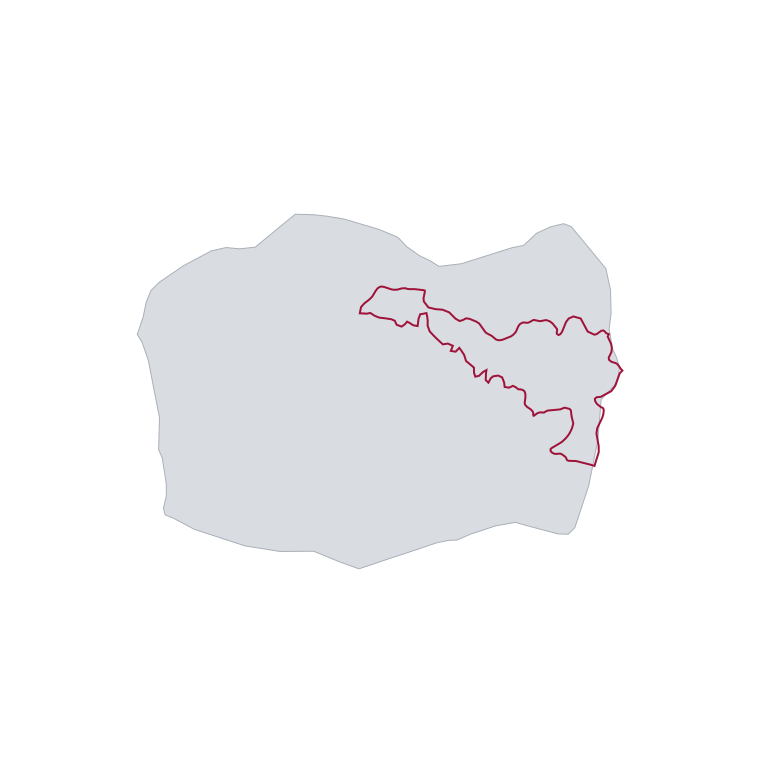 Mohale's Hoek on a map of Lesotho (Albers equal-area conic projection), rotated 220°
{"feature_id": "LSO-1204", "entity_name": "Mohale's Hoek", "entity_type": "District", "adm_level": 1, "iso_a3": "LSO", "parent_name": "Lesotho", "parent_adm1": "", "projection": "albers", "projection_center": [27.808, -30.085], "detail": "fine", "context": "in_parent", "style": "outline", "palette": "rose", "viewbox_px": 768, "rotation_deg": 220, "n_neighbors": 0, "source": "natural_earth", "source_scale": "10m", "svg_char_len": 3912}
<svg xmlns="http://www.w3.org/2000/svg" viewBox="0 0 768 768"><g transform="rotate(220 384 384)"><path d="M487.5,499.1L469.2,504.8L466.6,505.2L455.0,503.8L439.3,505.1L427.1,508.2L417.5,509.4L402.0,525.9L373.6,570.6L366.1,579.9L364.0,597.5L357.4,611.5L349.4,622.3L341.6,624.9L318.2,620.6L288.2,615.0L270.8,601.5L255.2,583.8L247.0,570.9L238.4,563.8L235.4,559.8L223.2,553.9L218.6,550.8L214.5,548.6L209.5,540.1L206.6,532.6L207.7,511.8L199.0,499.5L184.1,478.4L174.6,461.1L161.7,437.5L153.7,417.3L145.4,396.4L146.4,387.3L154.2,381.1L177.0,370.4L194.7,362.2L207.3,347.1L221.1,324.8L227.8,311.4L234.5,305.2L241.9,295.7L254.7,274.7L269.1,251.4L284.4,226.3L303.9,219.1L330.4,210.7L356.0,188.9L386.5,170.6L435.8,150.8L458.7,145.9L467.5,143.1L473.0,146.9L478.8,158.4L487.0,168.0L506.3,184.8L514.5,188.9L534.2,213.8L555.4,230.9L579.8,250.7L596.4,260.6L604.9,263.4L611.7,280.8L618.7,293.7L622.6,305.8L621.6,317.5L613.5,346.0L601.8,375.1L592.6,387.1L581.5,394.7L570.6,406.1L566.3,429.5L561.1,457.0L547.0,468.2L536.0,475.6L520.8,484.6L487.5,499.1Z" fill="#d9dde1" stroke="#a8b0b8" stroke-width="1"/><path d="M200.9,506.3L199.0,505.5L196.5,501.7L195.1,498.4L192.3,487.3L189.4,482.6L179.6,474.4L175.7,469.8L170.1,456.5L173.4,455.2L187.4,448.4L193.1,443.9L194.5,443.4L195.5,443.6L196.7,444.3L198.3,444.8L202.5,444.5L204.3,443.9L205.6,442.7L206.7,441.5L208.7,440.0L211.7,439.4L213.5,439.9L214.5,441.2L214.4,442.7L211.0,452.4L210.4,454.5L209.9,458.8L209.9,462.8L210.3,466.1L210.9,468.7L211.6,471.0L213.2,474.6L213.5,475.2L214.2,475.9L219.4,479.7L223.8,483.8L225.2,484.2L226.4,484.0L228.2,483.0L229.6,482.5L230.5,481.7L231.1,480.9L232.0,479.1L232.4,478.3L232.9,477.6L241.3,469.1L241.9,468.2L242.4,467.0L242.8,465.8L243.1,465.0L243.9,464.3L245.0,463.6L246.0,462.7L246.9,461.7L247.5,460.7L247.9,459.6L248.8,455.9L249.2,455.8L249.9,456.3L250.8,457.6L252.7,458.6L255.3,458.9L259.7,458.4L262.2,458.7L264.0,459.8L266.9,464.4L268.2,466.0L269.5,467.4L271.6,468.7L273.5,468.7L275.7,467.8L277.7,466.3L281.1,466.2L284.1,465.4L285.8,461.6L289.7,459.3L293.0,462.4L297.7,465.0L301.9,463.9L305.3,460.1L305.9,457.0L304.9,452.1L308.6,452.4L312.2,457.0L314.5,460.5L315.8,457.0L316.5,451.3L318.8,448.3L322.4,450.6L325.7,454.4L331.0,454.4L336.0,454.4L341.3,457.8L346.6,459.4L349.5,460.1L349.9,454.8L354.1,452.3L355.8,457.5L361.1,456.0L364.4,452.2L372.7,452.6L377.3,453.0L382.9,453.7L388.2,456.8L391.2,460.6L394.1,463.3L397.1,465.6L399.1,463.0L401.1,460.7L399.4,456.1L395.5,450.0L399.5,447.7L403.4,447.3L406.4,446.6L406.4,443.2L407.4,439.3L412.4,437.5L416.4,439.4L420.0,438.3L425.0,435.3L430.3,431.8L434.9,430.3L440.2,429.6L442.2,427.0L448.0,422.6L451.0,428.1L450.9,433.1L449.6,438.9L449.2,443.3L450.3,450.4L450.4,453.3L449.5,456.0L448.0,457.5L445.6,458.7L438.6,461.5L436.5,463.0L434.4,464.9L431.9,468.6L430.2,470.2L429.0,471.2L427.8,471.6L426.9,472.1L425.8,472.8L421.3,476.5L414.2,481.2L413.3,481.5L412.8,481.8L412.0,480.9L408.8,475.0L406.5,472.8L399.2,471.2L392.9,474.3L391.9,475.0L386.8,478.6L380.0,480.8L371.3,480.0L366.6,480.8L364.6,483.8L363.4,487.0L360.4,488.9L353.4,491.1L349.8,491.5L339.3,488.8L337.5,489.0L332.4,490.1L326.9,490.1L324.8,490.9L323.1,492.3L321.6,494.2L317.3,502.2L316.6,505.2L316.5,508.7L318.2,514.5L318.4,517.3L317.3,520.1L316.3,521.1L313.9,522.7L312.8,523.9L312.2,525.2L311.1,528.1L310.4,529.4L304.8,532.4L301.6,536.4L300.7,537.3L297.2,538.6L293.6,538.7L286.8,537.3L286.0,536.6L284.6,534.2L283.6,533.5L281.7,533.8L281.0,535.2L281.0,537.2L281.4,539.3L284.4,548.5L284.6,552.9L282.3,557.5L275.4,560.6L261.7,555.1L254.5,557.0L253.1,559.1L251.8,564.3L250.4,566.0L248.7,566.2L246.6,565.7L243.8,566.7L243.1,564.1L235.7,560.7L232.5,558.0L230.3,554.5L228.8,548.7L227.3,547.2L224.1,547.2L219.8,549.0L218.4,549.2L216.3,548.9L212.3,547.8L212.2,547.8L210.0,547.5L210.3,543.8L205.7,531.3L205.3,524.6L209.7,513.5L212.7,510.4L212.9,508.1L211.0,506.5L207.9,505.6L203.4,505.7L200.9,506.3Z" fill="none" stroke="#9f1239" stroke-width="2"/></g></svg>